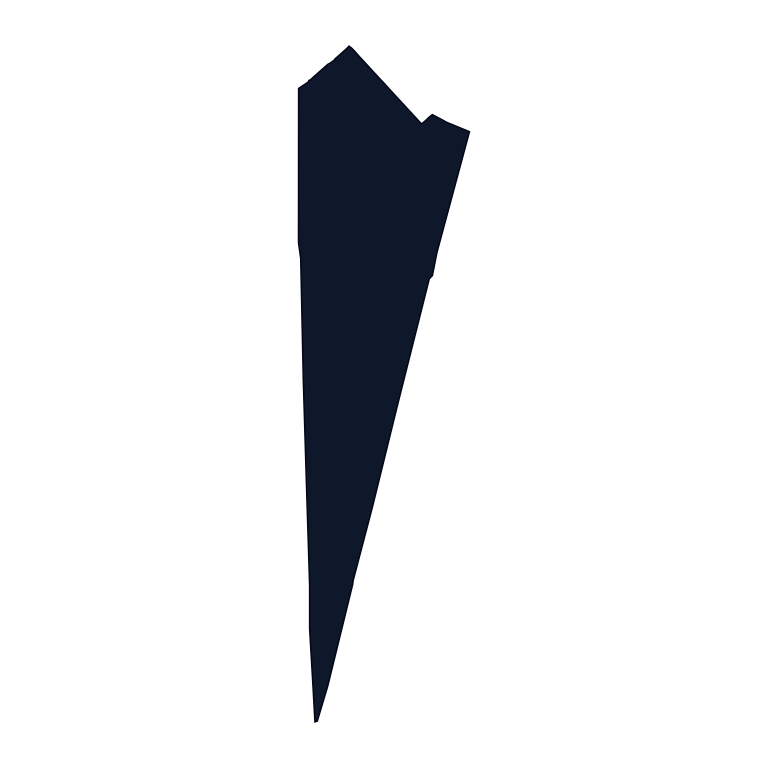 outline of Port Fuad 2, Bur Sa`id, Egypt
{"feature_id": "37247803B45623855174262", "entity_name": "Port Fuad 2", "entity_type": "district", "adm_level": 2, "iso_a3": "EGY", "parent_name": "Egypt", "parent_adm1": "Bur Sa`id", "projection": "albers", "projection_center": [32.32, 31.171], "detail": "fine", "context": "isolated", "style": "filled", "palette": "ink", "viewbox_px": 768, "rotation_deg": 0, "n_neighbors": 0, "source": "geoboundaries", "source_scale": "gbopen_adm2", "svg_char_len": 936}
<svg xmlns="http://www.w3.org/2000/svg" viewBox="0 0 768 768"><path d="M298.6,88.4L298.5,242.8L300.7,258.5L301.2,281.3L303.3,380.7L306.4,483.0L309.6,585.3L309.6,628.6L313.1,688.6L314.9,721.9L317.3,721.1L327.8,685.9L352.7,584.4L353.2,580.4L372.4,507.2L397.7,404.4L429.3,278.8L432.4,275.6L437.0,252.3L469.5,131.7L447.6,122.7L446.6,122.2L446.0,122.0L445.5,121.9L444.3,120.9L439.3,118.3L432.3,114.6L428.4,117.8L426.7,119.5L424.3,121.7L421.6,123.8L420.4,122.7L414.0,115.8L410.8,112.3L402.3,103.1L398.5,99.0L390.6,90.4L386.3,85.7L383.9,83.0L379.2,78.1L377.4,76.1L375.6,74.2L373.6,72.0L370.6,68.7L368.3,66.2L365.0,62.6L362.2,59.6L359.4,56.6L354.3,50.8L354.0,50.5L353.7,50.2L351.6,48.1L351.4,47.9L351.2,47.8L349.0,46.1L347.3,48.0L334.7,59.2L334.1,60.4L333.6,60.6L333.1,60.9L330.5,62.9L327.7,64.4L313.8,76.7L310.2,80.1L309.5,80.1L308.9,80.4L308.6,81.0L308.6,81.5L307.7,82.4L298.6,88.4Z" fill="#0f172a" stroke="#020617" stroke-width="1.5"/></svg>